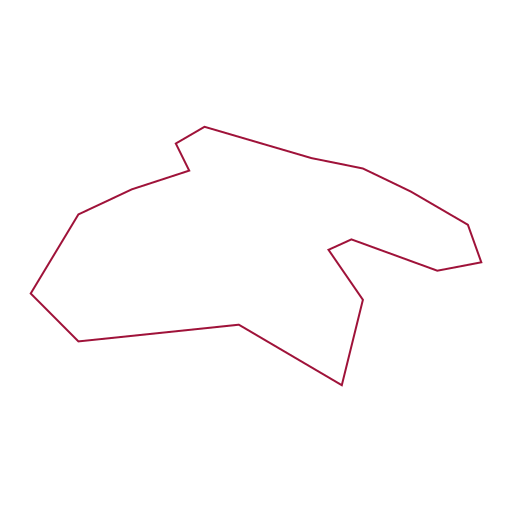 an SVG outline of Saint John
{"feature_id": "VIR-4869", "entity_name": "Saint John", "entity_type": "state/province", "adm_level": 1, "iso_a3": "VIR", "parent_name": "United States Virgin Islands", "parent_adm1": "", "projection": "robinson", "projection_center": [-64.723, 18.338], "detail": "fine", "context": "isolated", "style": "outline", "palette": "rose", "viewbox_px": 512, "rotation_deg": 0, "n_neighbors": 0, "source": "natural_earth", "source_scale": "10m", "svg_char_len": 352}
<svg xmlns="http://www.w3.org/2000/svg" viewBox="0 0 512 512"><path d="M351.4,239.4L328.5,249.8L362.9,299.8L341.8,385.2L238.8,324.7L78.4,341.4L30.7,293.5L78.4,214.4L131.9,189.3L189.2,170.6L175.8,143.5L204.5,126.8L311.4,158.1L362.9,168.5L410.7,191.5L467.9,224.8L481.3,262.3L437.3,270.7L351.4,239.4Z" fill="none" stroke="#9f1239" stroke-width="2"/></svg>